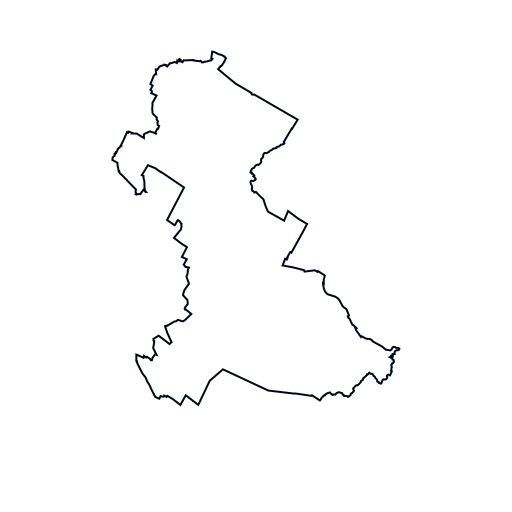 the district of Ojocaliente, Zacatecas, Mexico, rotated 204°
{"feature_id": "50627088B28606708050164", "entity_name": "Ojocaliente", "entity_type": "district", "adm_level": 2, "iso_a3": "MEX", "parent_name": "Mexico", "parent_adm1": "Zacatecas", "projection": "orthographic", "projection_center": [-102.224, 22.565], "detail": "fine", "context": "isolated", "style": "outline", "palette": "ink", "viewbox_px": 512, "rotation_deg": 204, "n_neighbors": 0, "source": "geoboundaries", "source_scale": "gbopen_adm2", "svg_char_len": 6075}
<svg xmlns="http://www.w3.org/2000/svg" viewBox="0 0 512 512"><g transform="rotate(204 256 256)"><path d="M89.4,222.8L90.3,224.4L90.2,225.7L89.4,227.0L87.5,228.0L87.3,228.5L87.3,229.6L88.4,229.9L90.7,229.1L92.1,229.3L93.2,229.1L94.1,228.0L94.1,225.8L94.9,224.4L99.3,223.2L104.0,224.6L114.2,225.4L115.8,226.2L117.3,226.5L118.6,226.3L121.6,225.3L127.3,225.6L127.3,224.8L134.2,228.8L136.0,230.6L135.2,231.1L139.3,232.6L140.2,232.5L145.3,237.0L146.3,237.1L147.2,237.7L147.6,238.3L146.9,239.5L151.5,244.0L152.5,244.4L154.8,244.8L156.6,245.5L162.1,249.8L164.0,250.6L167.0,251.1L174.5,250.2L175.9,250.4L178.6,251.7L180.9,254.0L183.7,258.2L183.8,258.6L182.9,258.4L184.5,262.0L185.1,266.0L185.9,266.3L193.2,267.4L193.3,266.5L196.4,266.9L205.3,261.5L206.4,262.6L217.4,260.7L227.8,258.2L228.3,265.3L226.5,265.2L226.4,267.3L226.9,267.4L226.4,273.3L226.3,273.6L225.0,273.5L223.0,296.8L222.4,306.1L232.2,307.2L245.0,310.1L244.7,299.7L263.1,301.4L267.1,305.0L272.4,310.9L277.8,312.7L282.0,314.5L282.3,314.4L282.9,313.6L283.4,313.3L285.0,314.2L285.7,314.0L286.1,314.4L287.1,315.4L287.2,316.5L288.2,318.3L290.5,320.3L291.1,321.2L291.1,322.3L290.9,322.8L289.1,323.4L288.3,324.2L287.5,325.7L287.5,326.2L289.1,327.3L290.8,327.7L290.4,328.9L293.0,330.0L293.2,329.7L294.2,330.7L294.4,330.7L294.6,330.0L295.1,330.1L295.3,331.8L295.1,332.6L295.3,333.4L295.0,334.3L293.8,335.6L293.1,338.7L291.9,340.0L290.8,340.1L289.4,343.4L289.5,344.4L290.2,345.1L290.7,346.6L289.9,348.7L289.9,349.7L290.4,350.9L290.5,352.0L290.2,353.6L288.6,354.0L288.0,354.4L286.4,356.6L286.1,357.8L284.7,359.3L284.0,361.1L283.3,361.3L282.6,362.1L282.2,362.2L282.0,362.5L281.4,362.9L281.2,363.1L281.5,363.8L280.8,364.6L279.3,365.6L278.6,367.8L277.8,368.1L276.1,369.8L276.2,370.3L276.0,370.7L277.0,371.4L275.2,386.9L274.8,386.8L273.4,397.5L323.3,402.8L324.0,402.3L325.5,401.9L326.3,402.5L326.4,403.1L345.0,405.2L366.6,411.3L365.7,414.7L365.4,414.6L364.7,416.1L364.1,419.9L363.9,424.5L365.9,425.1L365.9,425.4L369.4,425.7L372.2,425.1L376.6,425.4L379.1,424.9L377.3,418.5L376.0,418.4L376.4,416.5L377.6,415.9L379.1,414.4L382.7,412.0L383.3,411.2L384.1,410.9L385.8,411.7L385.9,411.3L390.5,409.8L392.9,409.2L393.0,409.5L400.4,405.8L401.7,405.4L402.0,403.2L403.5,403.5L405.1,402.6L404.8,404.7L406.2,404.8L406.9,401.2L407.1,401.4L406.8,400.1L409.1,400.2L412.5,397.1L413.1,397.1L414.2,393.0L415.7,393.3L415.6,393.8L417.4,393.6L417.3,393.2L418.8,392.3L418.9,392.0L420.6,390.6L421.4,389.1L421.8,386.0L422.7,386.1L423.5,385.7L421.3,381.6L421.7,381.6L422.0,381.2L422.7,379.0L422.4,370.1L419.7,369.7L420.0,364.9L419.3,364.9L418.0,364.1L418.0,362.2L412.1,362.1L412.9,353.7L412.0,352.0L410.8,348.5L408.7,344.6L407.8,343.9L402.9,342.1L402.3,340.3L400.3,339.2L400.3,337.9L399.1,335.7L397.4,335.4L397.2,332.4L397.9,332.2L398.1,327.4L396.2,327.0L399.9,327.2L401.2,326.9L403.6,326.7L407.2,322.6L407.9,321.5L406.4,318.2L414.7,319.3L419.0,317.6L418.9,318.1L423.2,317.8L423.1,316.5L424.2,316.5L424.2,306.1L424.4,303.3L423.9,302.1L424.4,302.2L424.8,299.4L425.1,299.3L425.5,298.5L425.5,297.8L425.8,297.6L425.6,296.7L425.7,294.3L426.2,294.0L425.8,293.0L426.4,292.7L426.2,291.9L426.7,291.7L425.9,289.9L426.6,289.0L427.0,287.4L426.2,285.3L420.5,284.8L418.9,281.7L418.3,281.2L416.0,277.6L415.5,278.0L415.2,277.7L415.0,276.9L413.7,276.1L410.8,275.2L406.7,273.5L406.0,273.4L404.2,272.5L392.7,267.9L392.1,265.5L390.5,264.1L390.9,263.5L390.4,263.4L388.1,265.1L386.8,265.6L385.7,271.0L382.9,269.6L382.5,269.8L383.3,270.1L384.0,270.7L385.4,272.7L388.6,279.2L390.5,281.5L391.2,283.3L393.2,283.4L391.6,295.0L384.1,295.2L383.0,295.1L378.8,294.2L376.8,293.9L376.8,294.2L349.6,289.3L351.9,252.7L342.8,251.0L342.5,251.7L342.5,253.8L342.0,257.0L341.3,257.0L339.5,256.4L337.6,255.2L337.1,255.1L336.8,253.8L336.0,252.8L335.4,249.4L335.6,249.2L338.3,239.2L329.2,237.0L322.7,236.0L323.3,225.0L317.9,224.9L318.5,218.7L316.0,217.4L312.5,218.1L312.6,215.1L311.9,214.0L311.2,211.2L311.3,209.7L310.8,208.5L305.9,203.4L307.5,196.1L307.2,192.4L306.7,190.5L300.7,187.9L298.8,184.4L299.9,180.1L299.7,179.2L299.8,179.0L299.4,178.5L299.0,178.2L298.1,178.5L291.5,176.7L294.9,168.4L296.1,166.7L296.4,166.5L301.3,165.9L302.6,163.7L303.9,163.0L308.6,156.3L308.9,156.4L309.8,155.0L311.1,155.5L306.0,149.9L298.1,142.9L299.2,140.4L312.5,143.6L316.0,138.6L315.2,137.0L314.3,136.8L313.3,133.6L312.7,130.7L312.1,129.7L306.7,125.3L308.1,125.3L309.1,121.1L308.7,118.4L309.5,118.0L311.1,119.0L314.7,119.5L315.1,118.6L317.7,119.2L317.5,118.5L317.2,118.5L317.3,117.3L325.2,117.3L322.8,111.8L322.0,111.5L322.1,111.1L321.8,111.0L321.8,110.8L320.2,109.2L312.1,102.6L307.6,100.2L304.3,97.1L300.6,94.6L297.0,91.3L293.3,88.4L292.9,87.7L292.1,87.5L290.7,86.3L286.3,86.3L286.2,89.3L284.4,89.4L283.2,89.9L283.2,91.2L280.4,90.9L280.1,92.2L274.1,91.5L264.5,89.2L263.5,100.2L248.2,96.5L247.5,123.3L240.1,139.0L190.0,138.1L165.5,145.7L164.2,146.4L149.5,150.5L149.0,150.5L148.7,151.1L148.3,151.1L148.0,151.5L138.9,150.0L138.5,151.3L138.4,153.0L137.3,156.1L136.3,156.8L136.4,157.5L135.1,159.6L132.9,161.4L131.9,160.8L129.6,160.1L129.1,160.5L129.1,160.9L127.3,161.6L126.5,163.8L124.7,165.4L123.2,165.4L121.5,165.7L120.4,164.9L120.3,164.6L119.2,164.7L118.6,164.0L115.7,165.1L115.0,165.1L114.7,164.7L114.4,164.8L113.1,167.4L113.3,168.5L113.2,169.2L112.4,170.0L111.7,172.3L111.8,173.0L112.6,173.4L113.3,174.4L113.0,174.6L113.0,175.6L112.1,178.2L111.2,179.1L110.7,179.1L110.1,180.1L109.0,183.3L109.1,184.8L108.0,186.3L108.3,187.9L106.2,192.3L106.1,192.7L106.4,193.0L105.6,193.5L105.2,194.4L105.0,195.5L102.9,195.0L102.2,195.6L101.6,195.5L100.2,194.8L99.8,194.2L98.5,194.1L97.4,193.1L95.8,192.5L94.5,191.5L94.1,190.7L93.2,190.5L92.8,190.7L91.8,189.9L90.4,190.4L90.0,190.2L89.7,190.5L89.9,193.7L89.6,194.9L89.2,195.3L88.0,195.6L86.9,196.5L86.6,198.0L87.0,199.1L87.6,199.4L87.7,200.3L87.0,201.4L85.0,201.5L85.0,205.7L86.0,206.0L85.8,207.0L86.2,207.5L86.8,209.0L86.7,209.7L88.1,211.3L87.8,211.8L88.0,212.8L87.7,213.7L87.3,213.9L87.0,215.5L88.0,217.0L88.6,217.1L89.2,216.9L89.8,217.9L92.5,218.0L92.3,218.2L92.1,219.5L90.2,219.5L90.2,220.2L91.4,221.2L91.4,222.0L89.4,222.8Z" fill="none" stroke="#020617" stroke-width="2"/></g></svg>